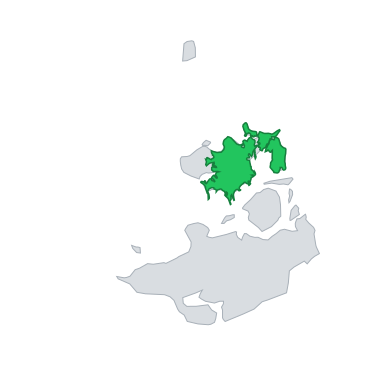 location of Sjaælland within Denmark, rotated 241°
{"feature_id": "DNK-3420", "entity_name": "Sjaælland", "entity_type": "Region", "adm_level": 1, "iso_a3": "DNK", "parent_name": "Denmark", "parent_adm1": "", "projection": "orthographic", "projection_center": [11.743, 55.283], "detail": "fine", "context": "in_parent", "style": "filled", "palette": "green", "viewbox_px": 384, "rotation_deg": 241, "n_neighbors": 0, "source": "natural_earth", "source_scale": "10m", "svg_char_len": 9746}
<svg xmlns="http://www.w3.org/2000/svg" viewBox="0 0 384 384"><g transform="rotate(241 192 192)"><path d="M117.6,280.4L117.0,280.4L114.6,279.7L112.9,278.2L108.3,279.1L102.1,281.2L98.8,281.0L96.2,278.4L85.4,274.5L83.6,274.1L76.4,273.6L76.3,268.1L75.6,264.0L73.3,257.9L77.1,256.7L76.9,245.0L75.8,238.9L65.8,232.2L58.0,225.8L60.9,205.7L62.0,200.2L59.5,189.5L60.5,177.3L62.7,158.2L65.3,157.6L67.1,157.7L74.0,161.5L77.0,162.0L78.9,165.2L81.2,166.6L83.0,163.4L84.0,157.8L89.9,150.8L93.9,148.3L96.6,147.1L99.2,150.1L101.2,153.5L101.9,146.3L104.1,132.7L98.9,130.4L94.5,132.0L89.9,140.5L85.6,151.3L79.3,152.0L74.2,154.9L69.8,151.4L67.1,148.5L67.2,144.4L68.0,141.9L73.7,133.3L81.1,125.1L88.1,125.5L93.4,122.9L96.5,122.7L106.0,123.7L111.0,122.0L115.5,118.2L125.5,102.0L131.0,95.2L141.8,93.0L151.8,85.3L154.6,85.2L149.8,91.1L149.0,93.3L148.4,96.9L151.6,104.6L150.8,109.2L150.9,118.4L147.6,123.1L143.8,133.2L142.2,134.6L141.6,146.5L141.9,149.3L141.2,160.1L144.8,164.6L148.7,167.0L162.0,167.1L163.3,169.1L164.9,172.4L163.6,178.1L162.2,182.3L158.3,185.9L153.3,188.5L150.2,188.6L146.1,183.4L144.1,185.0L142.0,187.6L138.2,201.5L136.3,210.8L135.4,211.6L133.5,210.2L130.1,210.0L125.8,212.1L127.9,214.2L130.2,217.7L129.2,219.4L125.3,221.2L121.9,224.9L120.4,227.8L116.0,231.0L113.2,235.3L114.4,240.7L114.8,245.4L115.8,250.6L114.6,254.8L109.1,260.5L107.0,265.6L111.6,265.7L114.3,267.0L115.9,268.6L117.6,270.8L116.5,273.4L117.6,280.4ZM226.5,216.7L226.7,223.5L225.7,225.4L224.3,226.7L220.5,228.1L217.3,230.1L214.3,233.5L213.3,238.3L215.6,241.8L219.8,243.7L221.0,250.4L217.5,253.7L208.6,257.1L207.7,265.0L208.0,271.3L207.9,275.9L207.2,282.2L199.9,285.1L195.2,275.5L195.2,271.6L193.8,267.1L193.5,263.3L191.8,257.2L185.0,255.5L182.4,255.3L178.6,256.4L177.7,255.9L173.4,247.5L174.2,238.3L171.8,233.7L171.5,231.5L171.6,229.2L169.7,227.3L167.4,226.2L166.3,221.0L169.0,219.8L175.6,220.5L177.6,220.1L179.3,219.0L184.7,210.5L184.6,208.7L185.2,206.2L190.9,205.3L193.5,208.6L193.0,213.9L193.3,220.7L196.8,222.5L198.2,222.8L199.6,217.8L200.7,215.4L202.0,214.0L202.5,209.4L201.7,206.6L199.9,204.6L206.4,198.9L213.1,194.4L217.1,194.1L221.0,195.2L224.7,196.7L226.7,197.9L227.8,200.0L225.4,205.0L224.8,207.8L226.5,216.7ZM153.5,228.4L155.1,231.9L156.9,239.4L159.9,247.9L158.5,251.3L159.4,255.8L158.4,260.5L152.1,265.9L145.1,266.0L137.9,263.2L127.8,257.9L127.1,255.1L125.7,253.4L123.2,244.7L123.5,234.1L128.7,232.9L139.9,228.1L142.4,228.9L145.1,231.6L148.1,231.8L152.7,228.2L153.5,228.4ZM180.5,277.0L187.3,281.2L192.0,281.0L195.1,282.7L195.9,285.4L196.2,291.3L192.8,293.1L189.2,292.5L184.1,294.7L167.8,284.9L168.1,276.8L168.8,273.6L176.5,272.9L180.5,277.0ZM324.3,265.2L322.9,266.4L316.5,264.8L308.5,260.5L309.3,251.3L311.1,247.3L325.6,256.9L326.0,260.7L324.3,265.2ZM156.1,286.3L154.3,286.6L152.1,281.1L151.8,279.4L154.6,276.0L156.4,272.0L161.1,266.0L163.8,258.9L164.8,259.1L163.6,265.4L157.3,283.0L156.1,286.3ZM130.2,276.6L126.1,277.5L124.1,275.8L120.3,275.0L119.3,264.7L119.7,264.0L121.5,264.8L127.9,269.8L130.1,275.2L130.2,276.6ZM226.4,271.9L225.0,272.9L219.0,272.2L212.4,276.9L209.8,275.5L210.8,272.5L211.5,271.4L213.7,270.1L215.2,268.3L215.7,265.4L217.2,266.9L221.3,267.5L223.3,268.4L225.0,269.8L226.4,271.9ZM152.3,216.7L151.6,217.9L149.2,216.6L149.1,212.2L150.0,208.3L149.0,204.8L150.2,202.6L153.5,207.9L154.4,210.4L153.1,213.3L152.3,216.7ZM170.1,118.0L168.6,119.6L163.6,117.3L165.9,114.2L171.4,112.8L174.6,113.3L171.0,116.4L170.1,118.0ZM146.5,279.6L143.9,280.2L140.9,278.7L136.2,273.1L135.6,271.6L138.2,272.6L141.2,275.5L143.8,276.2L147.3,278.7L146.5,279.6ZM230.4,229.4L226.8,232.3L226.0,232.1L224.8,228.2L226.7,225.8L227.8,223.8L228.6,223.8L229.7,226.0L230.4,229.4Z" fill="#d9dde1" stroke="#a8b0b8" stroke-width="1"/><path d="M218.7,228.9L217.7,229.6L214.5,232.9L212.6,236.9L213.7,240.4L215.5,242.1L216.2,242.3L218.6,242.4L219.2,242.7L220.9,244.1L221.7,245.1L222.1,246.1L222.2,247.3L222.4,248.3L223.0,250.1L222.2,251.0L220.2,252.5L212.2,254.4L211.6,255.1L210.6,255.7L209.8,256.9L209.4,258.2L209.6,259.4L209.3,260.0L209.0,260.2L208.6,260.1L208.3,259.8L208.5,258.4L208.1,257.5L207.3,257.2L205.7,258.5L205.6,259.2L205.9,259.4L207.0,260.3L210.2,260.6L211.7,261.1L212.0,262.6L211.8,263.3L211.5,263.6L210.1,264.4L209.7,264.8L210.0,264.9L211.5,268.1L211.5,269.4L211.0,270.1L210.2,270.4L209.3,270.4L208.7,270.7L207.4,271.7L206.5,271.9L205.1,271.3L203.0,269.3L201.7,269.1L201.7,269.4L202.0,269.6L201.5,270.0L201.2,270.1L201.4,271.3L201.1,272.1L200.8,272.8L200.7,273.7L201.0,274.5L201.5,274.9L202.1,275.0L202.6,274.6L202.3,273.7L202.6,273.7L203.6,273.2L203.9,273.6L204.5,275.1L206.2,276.6L206.8,276.9L208.3,276.6L209.0,276.6L209.6,277.2L210.7,278.8L211.8,280.2L211.8,280.6L208.4,283.4L207.9,284.1L206.4,287.0L206.1,287.6L205.8,287.8L204.7,289.1L204.3,289.4L203.7,290.3L203.7,292.5L204.2,296.3L204.1,298.7L203.3,298.8L202.5,297.8L202.3,296.8L201.8,296.0L200.5,293.5L200.2,292.7L200.2,291.3L200.7,290.2L201.8,288.5L201.0,288.3L200.4,288.0L200.3,287.3L200.7,286.2L200.3,285.9L199.6,284.8L197.8,282.9L197.5,282.0L197.4,281.5L197.5,280.8L197.2,280.2L196.6,279.4L196.0,279.0L195.5,278.3L195.4,277.0L195.4,275.7L195.2,274.8L194.8,274.1L194.1,273.7L194.1,273.2L195.5,272.1L195.9,271.9L196.5,272.1L197.2,273.0L197.6,273.2L198.1,273.0L198.9,272.0L199.1,272.1L199.3,272.5L199.9,272.2L200.7,271.4L200.7,271.0L200.3,270.5L199.5,268.4L199.1,267.7L196.5,266.5L195.8,266.3L195.0,265.6L194.7,265.4L192.3,265.3L191.6,264.9L190.9,264.3L190.4,263.5L192.4,264.0L196.5,265.9L198.5,266.3L197.7,264.8L195.3,263.0L194.3,261.3L197.6,260.7L197.8,260.4L197.7,259.9L196.9,259.2L194.7,259.3L194.1,258.5L194.6,257.8L195.0,257.1L194.9,256.3L194.3,255.7L193.4,255.7L192.8,256.3L192.2,257.1L191.7,257.6L191.2,257.5L189.8,256.9L186.9,256.1L186.2,255.7L185.6,256.0L183.0,254.8L182.5,254.9L181.4,255.5L180.9,255.7L178.3,255.7L178.3,256.1L179.0,256.6L177.7,256.5L176.8,256.2L176.2,255.2L175.9,253.4L176.5,253.8L177.0,253.8L177.5,253.4L177.8,252.5L177.4,252.8L176.9,252.9L176.0,252.9L175.9,252.6L176.0,250.9L175.8,250.6L175.1,250.1L173.0,248.2L172.7,247.6L173.0,247.4L173.6,247.3L174.0,247.1L174.1,246.4L173.8,246.1L173.3,245.9L172.3,245.9L172.0,246.3L171.8,246.9L171.6,247.3L171.0,247.3L170.7,247.0L170.2,245.5L170.2,245.0L171.8,245.1L172.9,244.0L174.7,243.3L175.1,242.5L175.0,241.7L174.6,241.3L174.7,240.6L174.4,239.1L173.7,236.7L173.2,235.9L172.7,235.3L172.1,235.0L171.3,234.9L170.7,235.3L170.2,235.5L170.0,235.1L170.1,234.2L170.3,233.7L170.7,233.5L171.2,233.5L172.2,233.1L172.6,232.1L172.5,230.9L172.0,229.6L170.4,227.4L168.5,226.3L164.4,225.1L164.4,224.6L170.4,225.2L169.8,224.1L167.4,223.0L166.5,222.4L165.9,221.2L165.6,220.8L165.0,220.5L163.0,220.3L162.4,220.0L162.4,219.5L168.4,220.5L169.6,220.3L172.0,219.4L173.3,219.2L173.3,219.7L172.5,219.6L172.1,219.8L171.7,220.1L172.3,221.2L173.3,222.2L174.4,222.5L175.4,222.0L173.8,220.6L174.3,220.1L174.7,220.5L175.3,220.6L176.7,220.6L177.3,220.4L178.6,219.4L179.9,219.2L180.5,218.8L180.9,218.2L181.4,215.3L181.2,214.8L180.6,213.8L180.4,213.3L181.3,213.9L182.2,214.1L183.1,213.7L183.9,212.8L185.2,213.1L186.3,211.3L186.5,208.6L185.3,206.4L184.2,205.9L181.8,205.7L178.8,204.5L177.9,203.8L177.6,202.6L182.4,205.0L183.4,204.7L189.2,205.7L189.9,206.3L191.4,206.2L194.1,205.4L195.5,204.6L196.2,204.4L196.7,205.0L196.5,205.7L195.4,207.0L195.1,207.8L195.6,208.5L195.3,208.9L194.7,209.0L194.1,208.7L194.3,207.8L193.1,207.8L192.6,208.1L192.3,208.7L194.1,212.0L194.8,213.8L194.3,215.2L193.7,215.3L192.6,214.9L192.0,215.2L191.3,216.2L190.9,216.5L190.2,216.5L190.2,217.0L190.8,217.2L192.6,217.0L194.4,216.0L195.1,216.1L195.8,217.7L196.1,218.8L196.0,219.3L193.0,219.8L192.3,220.1L192.0,220.5L192.5,221.1L193.0,221.2L194.8,221.0L195.1,220.9L195.4,220.5L196.0,221.2L197.0,222.6L197.2,223.4L197.2,223.8L197.0,224.2L196.7,225.3L197.3,224.7L197.8,224.0L199.5,220.5L201.0,220.4L201.4,220.1L201.6,219.9L202.2,220.1L204.0,221.2L203.7,222.3L203.4,223.1L202.1,224.4L201.6,225.3L202.4,225.5L203.5,225.0L204.4,224.0L204.5,223.0L205.1,222.7L205.7,222.9L206.2,223.5L206.6,224.3L205.4,223.9L205.2,224.1L205.5,224.7L206.0,225.2L207.3,225.7L207.7,224.3L208.5,222.1L208.6,220.6L207.9,217.3L209.3,217.3L211.4,219.3L214.1,219.8L213.6,220.3L213.7,220.7L214.0,221.1L214.7,221.6L214.8,221.7L214.7,222.0L213.2,223.1L212.3,223.5L211.0,224.6L211.3,225.0L211.4,225.3L211.2,226.4L211.3,226.7L211.5,227.0L211.5,227.8L212.7,228.3L213.4,228.3L214.2,227.8L214.6,228.2L215.7,228.0L217.1,228.2L218.7,228.9ZM199.2,287.8L198.8,288.3L198.1,288.7L197.8,289.4L199.3,290.1L199.2,291.6L197.9,293.0L196.2,293.6L190.1,292.2L188.2,292.7L186.3,293.5L184.8,294.9L183.9,294.8L180.3,292.6L177.9,290.5L173.7,287.7L171.8,287.3L169.7,286.3L167.6,285.7L166.8,285.0L166.4,284.0L166.7,282.8L167.6,282.3L168.8,282.5L169.9,282.4L170.7,281.0L170.0,280.7L169.5,280.3L167.5,277.7L167.2,277.3L167.2,276.1L167.8,275.1L169.4,273.1L170.0,273.4L175.5,272.3L176.4,272.8L178.3,274.3L179.0,274.6L179.6,275.2L180.8,277.7L181.7,278.3L182.6,278.5L189.5,282.5L189.2,281.3L188.7,280.6L188.7,280.0L189.5,279.3L190.6,279.3L191.5,278.8L191.9,278.8L191.6,278.0L191.5,277.2L191.7,275.6L194.6,278.3L194.8,279.3L195.8,280.5L196.3,280.9L197.0,281.1L196.4,281.6L197.0,282.8L199.0,284.4L199.4,285.0L199.5,286.1L199.6,286.6L199.6,287.0L199.2,287.8ZM221.3,267.6L224.7,268.3L226.0,269.4L226.6,271.7L226.5,272.5L226.2,272.9L225.6,273.0L224.7,273.1L220.1,272.1L218.7,272.3L217.4,273.0L216.0,274.1L214.0,276.9L213.3,277.4L212.1,277.2L209.7,276.0L209.7,275.5L210.2,275.5L210.0,274.9L210.2,274.3L210.6,273.9L211.0,273.7L210.2,272.8L211.1,271.8L211.6,271.6L212.0,271.9L212.3,271.4L212.0,270.4L212.7,270.5L213.6,271.1L214.2,271.3L215.8,270.7L216.3,270.4L216.1,269.7L216.1,269.2L216.2,268.8L216.6,268.6L216.5,268.1L215.3,267.2L214.9,266.7L214.7,266.1L214.9,265.6L215.3,265.4L216.0,265.4L216.8,266.8L218.1,267.4L221.3,267.6Z" fill="#22c55e" stroke="#15803d" stroke-width="1.5"/></g></svg>